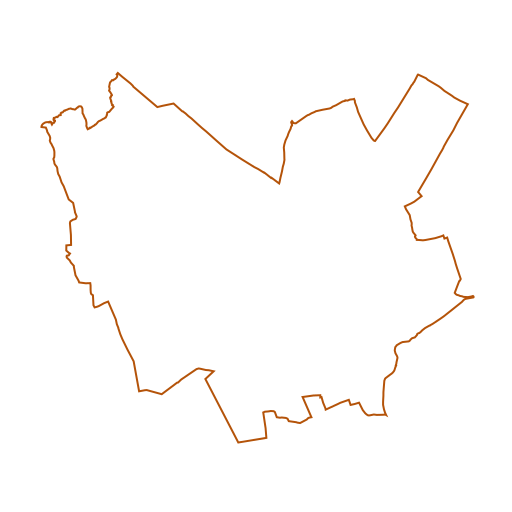 the district of Dragomiresti, Neamt, Romania, rotated 2°
{"feature_id": "2599482B54225851874210", "entity_name": "Dragomiresti", "entity_type": "district", "adm_level": 2, "iso_a3": "ROU", "parent_name": "Romania", "parent_adm1": "Neamt", "projection": "albers", "projection_center": [26.579, 47.028], "detail": "fine", "context": "isolated", "style": "outline", "palette": "amber", "viewbox_px": 512, "rotation_deg": 2, "n_neighbors": 0, "source": "geoboundaries", "source_scale": "gbopen_adm2", "svg_char_len": 5934}
<svg xmlns="http://www.w3.org/2000/svg" viewBox="0 0 512 512"><g transform="rotate(2 256 256)"><path d="M452.3,116.0L462.4,96.9L454.6,93.7L448.6,90.7L446.2,89.0L438.5,84.4L434.9,81.5L432.7,80.0L421.6,74.0L419.7,72.4L411.6,69.0L411.3,69.3L408.0,76.5L407.5,77.0L406.4,79.0L405.4,80.1L403.8,83.2L392.7,102.7L389.3,108.1L383.0,118.9L379.9,123.8L371.0,136.9L370.4,136.8L369.6,136.4L367.3,133.9L362.6,126.7L359.0,120.7L353.0,108.4L351.6,104.0L349.5,99.0L349.4,97.5L348.5,95.6L347.8,95.9L344.4,96.4L342.1,97.5L339.8,97.3L339.4,98.0L337.8,98.3L336.7,98.8L330.8,102.5L327.4,104.1L326.0,105.3L324.4,106.0L317.5,107.5L310.6,109.3L309.6,110.0L306.5,111.4L303.8,113.1L303.0,113.3L301.7,114.1L291.2,122.0L290.1,122.0L288.8,121.8L287.5,120.1L287.3,119.9L286.5,121.0L286.5,121.3L287.5,123.7L287.5,124.4L286.7,125.2L286.1,127.8L284.7,130.9L283.9,133.1L283.4,135.0L281.5,139.4L280.4,143.6L280.0,146.6L280.6,151.6L281.0,158.4L281.1,158.8L280.5,162.8L279.7,165.9L279.0,170.6L277.7,176.9L276.9,181.7L276.6,182.7L268.7,177.2L268.4,177.5L261.5,172.4L261.1,172.2L261.0,172.4L255.1,169.0L251.2,167.2L238.8,160.1L222.7,150.5L213.3,142.8L201.9,133.3L197.6,130.0L192.9,126.1L186.7,120.8L183.5,118.5L180.4,115.8L179.7,115.4L178.0,114.1L177.5,114.1L177.0,113.8L168.3,106.5L157.6,109.1L152.2,110.6L127.4,91.0L127.0,90.2L124.5,87.9L116.1,81.6L111.5,77.9L110.4,79.3L110.7,79.6L111.1,80.3L111.0,81.3L110.7,82.2L109.2,83.9L108.0,84.5L107.3,85.3L107.0,85.4L106.1,85.2L105.9,85.3L105.3,86.3L104.1,87.6L103.9,88.5L103.3,92.1L103.8,93.2L103.8,94.6L103.4,95.9L104.8,97.6L106.4,100.1L106.4,100.4L105.7,100.8L105.6,101.9L105.2,102.1L104.8,102.5L104.7,102.8L104.8,103.1L104.9,103.7L105.7,105.6L105.7,106.5L106.0,106.5L106.4,108.8L106.9,109.5L107.5,110.0L107.1,110.5L108.0,111.2L108.5,111.7L108.2,112.4L106.7,114.0L104.3,117.1L102.9,117.5L102.3,117.9L102.2,119.5L101.9,120.2L102.0,120.7L101.5,121.6L101.3,122.3L100.9,122.9L100.6,122.9L99.8,123.7L98.5,124.3L95.7,126.1L94.5,126.6L93.4,127.5L92.3,129.0L91.0,130.4L90.3,130.5L89.8,131.3L88.0,132.3L86.9,133.2L85.5,133.6L85.7,134.0L83.4,135.2L82.7,133.9L81.9,131.9L82.0,130.4L81.9,128.8L81.3,126.1L80.5,124.5L80.2,124.2L79.1,122.0L78.5,120.6L77.7,119.5L77.4,114.9L76.8,113.5L75.9,112.6L74.7,112.5L73.5,112.8L73.1,113.1L72.7,113.8L72.1,114.0L70.2,115.9L69.7,116.0L68.6,115.7L67.2,115.6L65.7,115.0L64.7,115.3L63.9,115.4L62.3,116.3L61.0,116.7L60.3,117.3L59.9,117.5L59.4,117.3L58.7,118.0L57.8,119.2L57.3,119.4L56.6,119.4L55.8,120.2L55.9,120.9L55.9,122.0L54.3,122.2L53.9,122.6L52.8,124.1L51.7,123.9L51.5,124.2L50.1,124.8L49.9,125.1L49.1,125.1L48.9,126.0L48.9,126.9L49.3,127.5L49.7,127.3L50.0,127.3L50.4,127.7L50.4,128.3L49.8,128.9L49.7,129.7L49.5,129.9L48.8,130.0L47.9,130.7L47.8,131.3L47.5,131.8L47.1,131.1L46.7,129.4L45.5,128.9L45.2,129.0L45.4,129.6L45.1,129.7L44.2,129.7L44.1,129.4L41.8,129.6L40.7,129.9L38.8,131.1L37.8,132.2L37.1,133.8L37.1,134.6L41.5,135.0L42.8,137.9L43.0,139.1L45.6,143.2L46.2,145.0L46.2,146.3L45.9,147.9L46.6,149.7L47.1,150.5L47.8,151.4L48.3,152.5L49.9,155.3L50.7,157.9L50.9,159.2L51.0,162.6L50.9,164.4L50.2,165.8L50.2,166.4L51.0,168.7L51.3,170.5L51.8,171.5L53.8,173.9L54.3,175.2L54.7,178.1L55.5,181.0L57.0,183.5L59.1,189.2L61.4,193.0L66.8,205.9L67.1,206.2L71.4,209.3L73.5,217.9L73.5,218.5L74.5,220.7L75.4,222.6L75.2,223.6L74.4,225.3L71.7,226.2L69.4,227.8L69.0,228.7L68.9,229.8L70.3,241.5L70.8,251.4L66.1,252.0L66.2,257.2L69.0,259.5L70.0,260.0L68.8,261.9L66.9,262.3L66.7,263.1L67.0,264.2L70.0,266.9L71.2,269.0L74.3,272.2L74.4,273.5L76.3,281.6L79.5,286.8L80.2,288.6L86.7,289.2L91.3,288.9L91.7,291.1L91.9,295.8L92.2,298.5L92.5,299.4L92.8,299.9L94.4,300.9L95.3,310.9L96.5,313.0L99.1,312.2L100.7,311.5L105.9,308.4L109.8,306.7L118.2,324.5L119.3,329.0L120.9,332.5L121.0,333.2L123.1,338.9L125.3,343.7L130.8,354.0L137.4,365.5L143.9,395.3L149.7,394.0L151.5,393.8L166.6,397.4L181.6,385.3L182.5,385.2L185.5,382.1L200.5,371.1L202.7,370.4L204.2,370.6L209.9,371.7L212.8,371.8L217.7,372.7L209.7,380.7L244.8,443.0L272.7,437.4L271.6,427.8L268.7,412.1L270.3,411.3L273.7,410.9L276.2,410.4L279.1,410.5L280.3,411.3L282.4,416.4L285.6,416.8L287.3,416.5L291.5,416.8L293.2,417.5L294.5,419.9L301.9,420.7L303.3,421.1L305.9,421.4L312.5,417.6L313.5,416.4L314.8,415.7L317.0,415.2L307.5,395.3L318.3,393.4L325.1,392.9L325.2,395.1L326.4,394.7L328.2,400.3L330.7,405.8L331.0,407.1L343.3,400.9L345.3,399.8L353.8,396.5L355.7,401.5L359.7,400.5L364.1,399.0L368.1,406.3L370.7,409.4L372.2,410.6L373.7,411.4L375.2,411.3L379.3,410.3L382.3,410.6L387.5,410.3L390.8,410.0L391.6,410.4L390.4,408.0L389.2,404.6L388.2,400.3L388.1,397.2L388.2,391.4L388.1,387.5L388.6,376.2L389.3,374.1L389.8,373.5L394.1,370.0L395.8,368.7L396.8,367.7L397.9,366.2L398.4,365.1L399.0,362.8L399.8,360.7L399.5,360.6L400.0,358.7L400.1,357.4L400.9,353.2L400.9,352.4L400.6,351.5L400.2,350.7L398.8,348.4L398.0,345.8L398.0,344.9L398.4,342.2L399.4,340.9L399.7,340.3L403.4,337.9L404.6,337.3L405.5,336.9L411.6,336.0L412.5,335.4L413.5,334.0L414.9,332.7L417.6,331.8L419.6,329.4L419.8,328.4L421.0,327.5L421.9,327.3L424.0,325.4L424.2,324.9L427.5,322.1L431.4,319.7L432.3,319.4L432.5,319.1L434.7,317.8L442.1,312.5L445.7,309.8L463.4,294.7L464.8,293.0L465.9,292.0L467.0,291.5L474.7,289.8L474.9,289.5L474.8,288.9L474.2,288.4L472.5,289.0L469.2,289.7L464.8,289.6L463.4,289.1L461.3,288.8L459.9,288.2L458.1,287.8L457.1,287.2L455.9,285.9L458.2,279.1L459.7,274.8L459.9,274.1L460.6,273.6L461.4,271.8L457.5,261.5L455.8,256.7L455.0,254.0L453.0,248.4L452.9,248.0L447.7,234.7L446.4,230.9L443.7,232.0L442.5,228.9L440.6,229.8L434.5,231.9L424.8,234.1L422.3,234.5L418.2,234.3L416.4,234.3L416.5,234.0L415.0,232.6L414.2,231.3L414.2,230.8L414.8,230.0L414.8,229.8L412.4,227.1L411.8,226.1L411.2,223.5L411.1,222.7L410.4,220.1L410.5,218.7L410.4,217.4L409.1,214.0L408.2,209.8L404.3,204.0L403.0,201.2L408.9,198.2L412.3,196.2L419.4,190.4L415.8,186.4L415.9,186.1L423.4,172.3L428.3,163.1L436.4,147.1L438.2,143.9L439.5,141.2L439.8,140.2L443.4,133.2L448.8,123.6L452.3,116.0Z" fill="none" stroke="#b45309" stroke-width="2"/></g></svg>